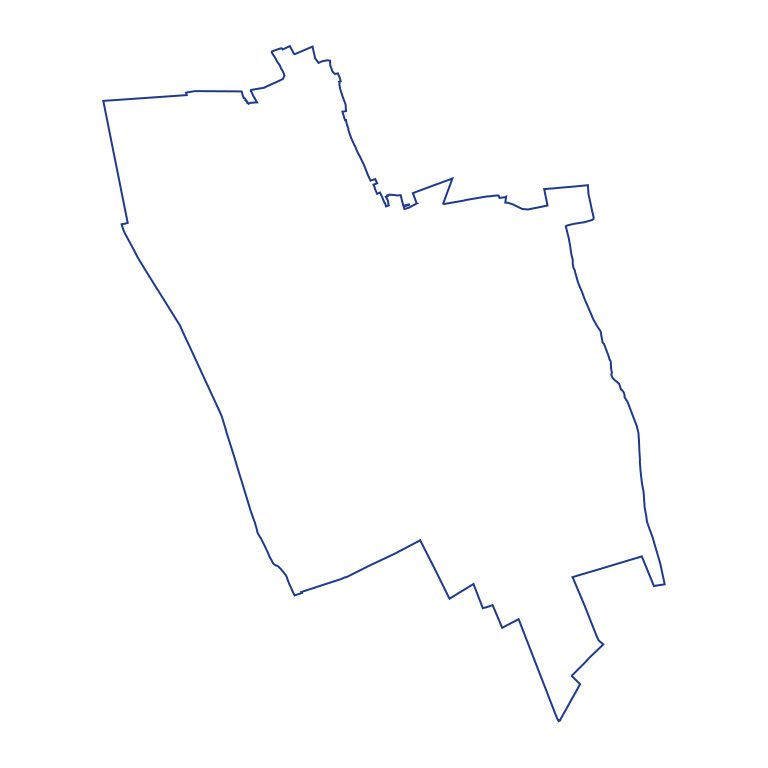 Nicoresti, Galati, Romania
{"feature_id": "2599482B68541646922619", "entity_name": "Nicoresti", "entity_type": "district", "adm_level": 2, "iso_a3": "ROU", "parent_name": "Romania", "parent_adm1": "Galati", "projection": "orthographic", "projection_center": [27.308, 45.921], "detail": "fine", "context": "isolated", "style": "outline", "palette": "blue", "viewbox_px": 768, "rotation_deg": 0, "n_neighbors": 0, "source": "geoboundaries", "source_scale": "gbopen_adm2", "svg_char_len": 4768}
<svg xmlns="http://www.w3.org/2000/svg" viewBox="0 0 768 768"><path d="M594.3,321.1L593.1,319.0L593.0,318.6L592.5,317.6L592.2,316.7L591.9,316.0L590.6,312.9L589.5,310.4L586.9,304.3L585.6,301.4L584.4,298.5L581.8,291.4L580.5,288.4L579.3,285.6L578.2,283.1L576.5,277.0L575.4,273.2L574.7,270.3L573.4,267.6L572.7,263.5L572.8,259.8L571.7,255.7L571.0,252.2L570.2,246.0L569.2,240.9L569.0,239.2L565.8,226.3L566.4,225.8L568.1,225.2L574.1,223.8L577.9,223.2L584.9,222.1L592.3,219.9L593.4,219.0L593.7,217.8L591.5,208.1L590.9,205.2L590.0,200.9L588.4,193.7L588.3,191.5L587.9,185.5L587.9,185.2L582.8,185.7L576.9,186.3L574.6,186.5L560.5,187.7L552.0,188.5L544.2,189.1L547.5,205.5L543.6,206.3L538.9,207.3L534.6,208.1L527.9,209.5L522.0,208.9L513.0,204.4L509.8,203.4L508.3,202.8L505.3,202.6L506.1,196.7L505.1,197.2L499.5,197.9L498.7,195.6L496.8,195.5L494.5,195.7L488.9,196.4L488.3,196.3L487.8,196.3L465.3,200.1L463.9,200.6L444.0,204.0L443.2,203.6L452.4,178.5L436.7,184.3L436.0,184.5L412.9,193.1L416.6,203.3L416.9,203.4L409.1,207.6L404.4,209.0L403.7,206.4L409.0,204.9L408.8,204.4L403.4,205.8L402.0,200.7L400.7,195.2L397.7,195.5L393.8,195.0L392.0,194.9L390.7,194.8L389.6,194.6L387.3,195.4L387.6,196.2L385.8,196.8L387.6,199.9L388.2,202.2L388.2,202.9L388.8,205.4L386.0,206.4L385.3,203.8L385.1,203.2L384.6,203.0L382.1,197.0L380.0,192.5L377.1,193.8L375.3,189.6L374.6,187.6L374.3,186.3L373.5,184.6L377.2,183.3L375.2,179.1L370.5,180.6L368.0,175.2L366.1,170.4L363.7,164.3L361.1,159.1L360.3,157.3L359.1,155.0L357.4,152.0L355.0,146.1L354.2,144.8L351.0,137.6L348.3,129.9L348.5,128.8L347.0,124.9L346.0,120.2L345.3,120.5L344.9,120.0L344.7,119.1L343.8,116.2L342.4,111.7L346.0,111.1L345.6,104.6L342.6,96.5L340.6,90.4L340.0,88.3L339.4,84.6L339.6,83.4L339.1,81.8L340.7,81.3L339.8,77.9L337.9,73.4L335.9,73.8L335.1,74.0L334.1,73.2L333.2,72.3L332.3,71.1L331.7,69.3L330.3,65.6L330.0,60.7L328.3,60.4L328.1,60.3L327.8,60.3L325.4,60.6L324.9,60.7L324.0,60.9L322.9,61.1L321.2,61.7L318.5,62.9L315.1,58.2L312.5,46.6L294.7,54.2L293.9,53.7L293.4,52.8L292.3,50.6L289.8,46.1L282.7,49.5L281.5,48.2L280.2,48.5L272.1,51.3L271.7,52.5L274.2,56.3L276.2,59.6L277.6,62.4L279.1,64.3L280.2,66.1L280.8,68.1L282.5,70.6L284.5,75.4L282.9,79.0L279.1,80.8L276.5,82.0L274.5,83.0L273.4,83.4L272.3,83.9L269.8,85.0L267.2,86.2L263.9,87.8L262.0,88.1L260.1,88.4L258.6,88.7L257.9,88.7L256.6,89.0L255.3,89.2L252.8,89.7L251.5,89.8L250.8,90.2L250.8,90.9L251.4,92.0L252.1,93.1L252.7,94.6L253.1,95.5L253.2,95.9L253.6,96.4L253.9,96.9L254.4,97.7L254.7,98.3L255.0,98.9L255.7,100.0L256.2,101.0L257.1,102.4L254.6,102.5L251.7,102.8L251.3,102.8L250.9,102.7L248.5,103.8L248.1,103.2L247.9,102.7L247.3,102.9L247.0,101.9L246.7,101.1L246.3,101.0L245.8,100.7L245.7,100.6L246.2,100.3L245.8,99.8L245.6,99.5L245.1,98.8L244.5,98.0L243.7,98.1L243.0,96.2L242.3,93.8L241.6,91.4L194.9,91.1L187.2,92.4L186.0,92.6L186.7,95.1L103.3,100.9L105.6,112.4L107.2,120.4L109.6,132.5L115.5,161.9L127.7,222.9L125.8,223.5L121.6,224.3L122.9,228.3L123.5,230.2L125.0,233.5L131.8,246.1L137.7,257.4L139.3,260.1L145.5,270.3L154.7,285.1L162.2,297.0L169.0,307.9L175.9,319.0L177.6,321.7L179.8,325.1L180.9,327.7L184.4,335.5L188.7,344.5L199.9,368.8L211.8,394.5L218.3,408.6L220.9,414.4L221.7,416.2L223.6,422.3L227.2,434.6L233.5,454.4L239.7,475.0L242.4,483.6L247.4,500.1L250.7,511.0L255.0,523.0L255.6,525.3L256.6,528.4L257.4,532.3L258.2,534.1L259.7,536.4L261.1,538.7L264.3,545.1L267.9,552.7L269.4,556.4L271.5,560.2L272.3,561.8L273.2,563.4L274.3,564.5L275.4,565.2L276.2,565.5L277.6,565.9L278.1,566.3L280.6,568.8L283.5,572.3L286.0,575.5L286.9,577.3L287.2,578.5L288.6,582.3L289.4,584.3L291.4,588.5L293.3,592.8L294.6,595.4L301.9,593.0L301.3,592.0L302.5,591.6L308.4,589.7L341.8,578.8L345.2,577.2L346.0,577.4L366.1,567.3L366.9,566.8L394.1,554.0L420.2,540.3L434.8,569.0L449.5,598.7L451.9,597.2L473.5,584.0L482.8,608.1L486.0,607.4L489.0,606.4L492.6,605.1L502.2,627.8L518.6,619.1L552.5,706.6L553.7,709.6L554.8,712.6L556.5,716.9L557.2,718.6L557.8,719.7L559.1,721.9L558.2,719.9L560.2,720.3L560.4,719.5L580.1,684.2L571.8,676.1L572.6,674.7L573.5,674.0L579.1,668.4L584.7,662.8L587.2,660.1L589.6,657.5L603.3,644.4L598.7,640.5L596.2,635.0L584.6,605.6L572.8,577.6L572.5,577.2L577.6,575.6L599.3,569.2L641.8,556.4L652.0,581.3L653.9,586.0L655.9,585.7L664.7,584.3L662.5,574.1L660.3,563.9L652.7,537.6L649.4,528.7L646.9,521.4L646.2,515.5L645.7,513.2L644.6,506.9L643.6,492.1L641.9,483.0L640.6,471.4L639.8,461.2L640.0,460.5L639.4,451.3L639.0,441.3L638.4,432.7L636.7,425.8L633.6,417.8L627.7,402.2L624.6,397.2L624.5,394.8L623.7,392.4L622.6,390.8L622.0,390.2L621.1,389.6L619.1,383.7L614.3,379.8L612.4,377.6L611.3,375.0L611.9,372.4L611.0,368.3L611.0,366.2L610.7,361.6L610.6,361.1L609.5,359.4L608.8,356.6L604.0,343.9L603.3,343.3L602.6,342.6L600.6,331.4L596.8,325.6L594.3,321.1Z" fill="none" stroke="#1e3a8a" stroke-width="2"/></svg>